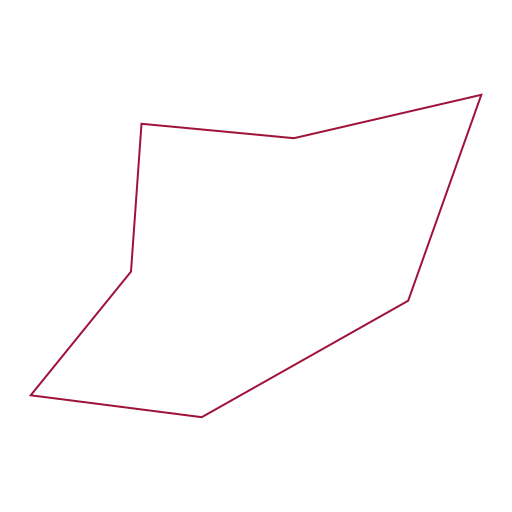 an SVG outline of Pietà
{"feature_id": "MLT-5942", "entity_name": "Pietà", "entity_type": "state/province", "adm_level": 1, "iso_a3": "MLT", "parent_name": "Malta", "parent_adm1": "", "projection": "orthographic", "projection_center": [14.493, 35.889], "detail": "fine", "context": "isolated", "style": "outline", "palette": "rose", "viewbox_px": 512, "rotation_deg": 0, "n_neighbors": 0, "source": "natural_earth", "source_scale": "10m", "svg_char_len": 220}
<svg xmlns="http://www.w3.org/2000/svg" viewBox="0 0 512 512"><path d="M481.3,94.8L408.2,300.7L201.7,417.2L30.7,395.3L131.0,271.6L141.5,123.8L293.8,138.2L481.3,94.8Z" fill="none" stroke="#9f1239" stroke-width="2"/></svg>